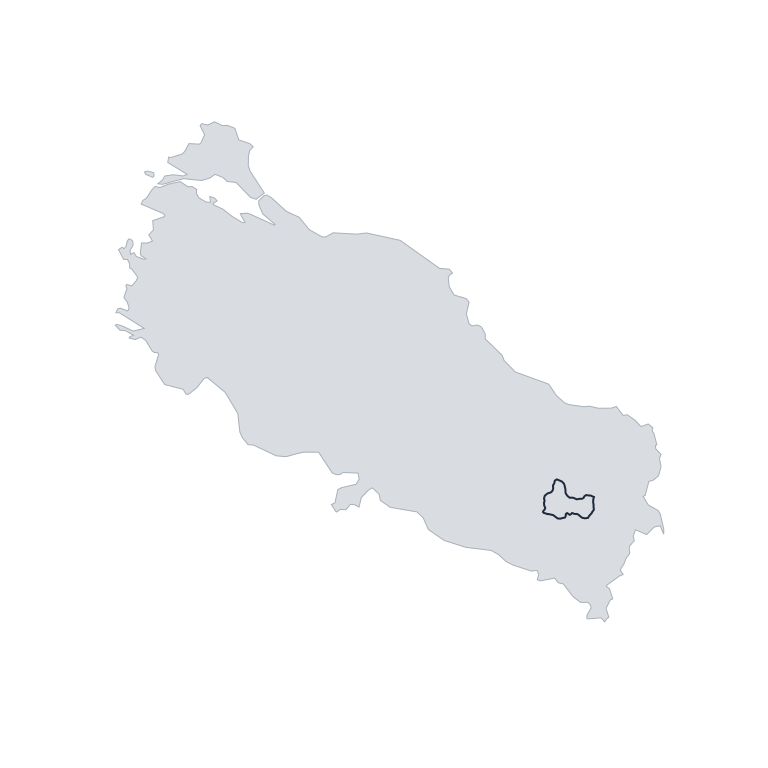 Turkey, with Mus highlighted, rotated 33°
{"feature_id": "TUR-2310", "entity_name": "Mus", "entity_type": "Province", "adm_level": 1, "iso_a3": "TUR", "parent_name": "Turkey", "parent_adm1": "", "projection": "mercator", "projection_center": [41.844, 39.013], "detail": "fine", "context": "in_parent", "style": "outline", "palette": "slate", "viewbox_px": 768, "rotation_deg": 33, "n_neighbors": 0, "source": "natural_earth", "source_scale": "10m", "svg_char_len": 4782}
<svg xmlns="http://www.w3.org/2000/svg" viewBox="0 0 768 768"><g transform="rotate(33 384 384)"><path d="M591.1,276.3L601.5,280.1L604.9,277.3L614.3,277.7L622.7,279.7L627.4,273.6L633.3,274.3L634.5,277.4L637.3,278.5L646.0,286.4L645.0,287.4L647.1,290.3L654.7,292.2L655.4,296.2L661.2,302.2L664.2,311.3L662.4,317.6L659.2,321.6L663.8,335.3L662.4,337.1L671.5,341.5L683.0,340.8L686.6,342.7L697.7,353.4L700.4,357.6L692.8,352.5L688.5,356.9L686.3,367.3L674.2,369.3L676.0,376.0L679.3,379.2L678.2,385.6L679.0,388.1L682.4,392.3L681.9,398.1L683.2,404.1L683.3,411.3L688.3,413.5L686.0,416.9L680.4,431.4L680.8,432.6L684.5,432.9L692.9,439.7L691.4,441.9L692.4,451.2L699.6,457.2L698.5,460.2L698.7,463.3L693.4,461.9L682.7,470.1L681.5,469.9L680.1,467.1L679.7,458.9L677.2,456.7L673.8,456.2L668.0,460.0L662.7,459.8L657.4,459.1L643.4,454.0L638.3,455.8L632.9,453.8L622.4,463.9L619.2,464.7L617.6,459.7L614.0,456.9L609.3,460.7L591.3,465.5L583.0,466.4L572.9,464.7L564.5,465.2L541.7,476.4L519.9,482.4L500.4,481.9L489.8,474.9L481.4,473.3L456.5,484.0L444.3,483.6L440.1,479.2L430.8,477.4L428.7,481.6L426.8,491.6L430.1,500.8L424.8,501.3L421.4,503.3L420.5,510.2L415.7,512.9L414.1,517.1L413.2,517.2L405.5,513.8L407.6,510.4L402.8,497.7L405.1,493.7L415.2,483.3L415.0,477.2L410.6,472.9L397.8,480.6L396.6,483.6L393.7,485.9L389.0,486.8L366.2,476.8L352.8,485.6L341.4,498.3L332.8,502.9L307.5,506.4L303.1,508.9L294.5,506.2L289.3,502.8L277.5,488.4L255.4,477.5L232.0,474.8L230.0,477.6L229.2,488.8L225.5,499.3L223.5,500.4L218.4,497.8L200.5,503.9L185.1,497.1L182.4,494.1L178.9,481.9L176.7,481.0L174.2,482.7L171.6,482.6L160.6,477.3L154.7,477.0L151.1,482.2L145.3,484.3L145.1,482.9L147.4,479.5L138.1,480.1L133.3,482.7L126.6,481.1L127.0,479.7L132.4,478.0L144.8,476.2L152.6,468.0L123.1,468.4L120.3,470.2L119.8,466.0L121.5,464.0L129.3,462.4L128.8,458.9L124.0,455.1L118.8,453.1L116.5,444.2L113.8,441.9L114.2,440.6L119.0,439.1L120.0,432.5L119.3,428.5L109.7,424.9L107.6,425.3L105.2,421.8L101.1,419.2L97.8,421.3L88.1,415.9L89.9,412.0L92.3,412.1L92.7,409.0L90.8,403.9L91.0,401.3L93.1,400.6L95.5,401.1L97.9,404.1L98.2,410.0L100.8,413.5L102.6,410.0L107.0,411.9L114.8,410.1L116.3,408.6L110.6,408.7L108.5,407.3L103.8,397.7L108.6,394.9L112.0,390.2L105.5,387.0L106.7,380.4L101.1,372.9L108.6,363.3L108.3,361.9L105.9,361.3L82.3,365.4L81.9,361.1L83.6,357.3L83.5,348.0L84.5,342.9L88.9,341.4L94.2,334.0L102.9,325.2L112.0,325.4L115.6,322.9L121.0,322.8L122.6,326.3L127.3,328.7L135.6,328.3L139.6,326.0L135.8,321.7L140.5,320.3L144.3,321.3L142.3,326.1L143.4,326.5L154.2,325.1L165.5,326.2L177.9,325.7L179.5,324.2L170.7,319.4L176.3,315.2L179.5,314.4L205.6,310.5L205.7,309.5L189.7,307.4L181.4,301.8L179.2,298.7L180.8,291.3L182.6,289.4L188.3,289.1L208.1,292.4L222.1,290.4L237.5,295.3L252.2,294.3L255.2,292.1L258.9,285.0L279.7,273.1L287.0,266.9L319.3,254.7L367.7,256.8L376.2,252.1L381.1,253.7L379.7,256.8L380.0,259.8L385.8,267.0L394.4,271.2L406.4,267.6L410.7,269.0L414.9,280.3L422.4,287.0L425.9,287.5L430.4,283.6L434.7,283.1L441.8,287.0L444.3,291.0L467.4,295.6L472.1,299.0L487.7,302.4L522.3,294.4L534.9,299.8L545.5,301.5L550.0,300.7L563.9,294.3L568.3,290.7L577.0,287.6L587.9,280.4L591.1,276.3ZM145.1,256.3L144.2,261.4L146.3,266.9L151.2,274.7L156.1,278.6L179.6,289.0L176.2,298.7L170.4,300.2L150.3,295.5L142.2,299.5L136.3,298.5L128.1,300.2L125.8,306.1L120.1,312.7L104.0,321.0L89.4,337.2L85.2,339.3L87.1,333.8L86.9,328.9L93.3,323.3L102.3,318.9L104.7,315.4L82.0,316.0L79.8,311.0L82.1,310.0L89.5,301.0L90.2,297.4L89.5,288.6L98.4,283.5L99.2,281.4L97.7,272.6L89.1,267.5L89.3,265.0L95.4,262.6L98.9,256.5L107.8,255.3L112.0,252.3L119.7,250.8L129.3,258.4L140.6,255.5L145.1,256.3ZM77.5,336.6L69.9,338.0L67.6,336.6L70.0,334.0L75.8,332.2L77.8,334.8L77.5,336.6Z" fill="#d9dde1" stroke="#a8b0b8" stroke-width="1"/><path d="M601.8,378.2L603.1,377.2L604.5,376.4L608.5,375.7L609.5,374.8L610.2,374.0L612.4,372.6L613.4,371.0L613.2,369.1L613.9,367.2L618.4,364.9L619.6,364.8L620.9,364.6L621.6,364.4L622.5,367.1L623.9,369.4L624.9,370.4L625.9,371.6L626.5,372.8L627.3,373.6L628.5,375.3L628.3,378.1L628.5,378.6L628.5,379.3L628.2,381.0L627.9,383.1L628.0,385.2L625.7,387.2L622.9,388.3L617.5,387.7L616.4,388.0L615.3,388.8L614.0,389.4L612.6,389.5L611.9,390.0L611.5,392.0L610.8,392.6L607.9,392.5L607.3,394.0L608.3,395.7L608.5,397.5L607.2,398.7L605.2,400.9L602.9,402.2L597.3,401.8L592.2,403.7L591.8,404.2L590.0,404.5L588.2,405.1L587.1,404.8L586.8,403.6L587.1,401.9L586.8,400.2L584.5,398.6L582.8,396.4L582.6,395.3L582.2,394.3L581.5,393.7L581.1,393.5L580.4,392.5L579.7,390.1L580.7,386.8L583.0,384.0L583.4,382.3L583.2,380.4L582.3,378.7L581.6,378.1L580.9,376.8L581.0,375.4L580.9,374.8L580.7,374.0L580.5,373.6L580.0,372.4L580.1,371.4L581.0,369.8L586.3,368.9L589.0,369.5L590.2,370.3L593.5,373.5L595.4,376.2L596.2,376.9L599.0,378.0L601.8,378.2Z" fill="none" stroke="#1e293b" stroke-width="2"/></g></svg>